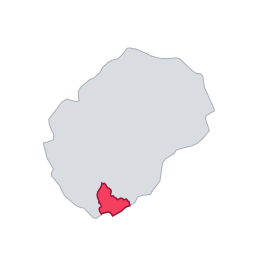 Resen on a map of North Macedonia (Albers equal-area conic projection), rotated 333°
{"feature_id": "MKD-2894", "entity_name": "Resen", "entity_type": "Statistical Region", "adm_level": 1, "iso_a3": "MKD", "parent_name": "North Macedonia", "parent_adm1": "", "projection": "albers", "projection_center": [21.045, 41.032], "detail": "fine", "context": "in_parent", "style": "filled", "palette": "rose", "viewbox_px": 256, "rotation_deg": 333, "n_neighbors": 0, "source": "natural_earth", "source_scale": "10m", "svg_char_len": 2174}
<svg xmlns="http://www.w3.org/2000/svg" viewBox="0 0 256 256"><g transform="rotate(333 128 128)"><path d="M116.2,67.5L120.1,68.0L128.5,65.5L133.7,62.1L136.4,61.6L140.0,60.3L145.1,60.4L150.3,61.8L156.9,59.8L163.3,56.6L165.9,57.3L168.8,60.0L170.6,60.7L181.6,74.5L187.6,80.1L194.7,84.3L202.7,87.3L205.6,90.2L211.0,105.1L213.6,110.7L217.0,112.3L217.8,113.9L218.0,116.1L214.5,126.6L213.4,150.2L212.5,152.1L208.5,152.1L203.2,152.7L201.2,154.5L199.3,167.2L190.7,171.0L182.9,173.2L176.3,172.8L164.7,170.0L160.9,169.7L157.7,171.5L147.4,172.5L142.9,174.8L132.4,189.7L121.6,194.8L117.9,197.4L109.6,194.2L105.6,193.9L99.9,197.7L87.4,198.1L84.0,198.8L74.3,199.4L73.9,197.3L72.1,194.3L67.6,192.9L58.4,194.1L56.1,191.9L52.4,179.3L49.5,177.3L46.2,173.1L40.7,159.4L40.6,153.4L41.0,148.2L38.0,135.9L39.9,132.8L42.8,130.9L42.8,126.0L42.1,118.5L45.5,103.8L46.4,102.7L47.3,103.5L55.5,104.7L57.6,102.8L58.9,99.9L59.4,89.2L61.4,84.2L81.1,74.8L86.9,74.4L91.3,78.8L94.8,81.5L97.0,81.4L97.7,78.6L100.1,73.3L104.1,70.2L116.1,67.5L116.2,67.5Z" fill="#d9dde1" stroke="#a8b0b8" stroke-width="1"/><path d="M74.4,199.4L74.3,196.9L73.8,195.1L72.6,194.0L69.0,192.9L65.3,192.3L65.2,192.4L65.1,191.7L65.0,191.2L65.0,190.3L65.0,189.2L65.3,188.0L65.6,186.9L66.4,186.2L67.5,186.1L68.2,186.1L68.8,185.4L68.9,184.4L68.9,183.6L68.6,182.6L68.2,182.2L68.1,181.3L68.1,180.8L68.5,180.5L69.1,180.2L69.2,179.4L69.2,178.5L69.2,177.2L69.6,175.2L70.1,173.7L70.8,172.8L71.5,171.9L72.3,171.1L74.0,170.1L75.2,169.4L76.6,168.6L78.1,167.4L79.0,166.4L79.7,165.2L80.0,165.9L80.4,166.4L81.1,166.4L81.8,166.5L82.1,167.2L82.4,169.2L82.4,170.4L82.8,171.9L83.5,173.0L83.8,173.3L83.7,173.4L83.7,173.9L84.4,174.6L84.5,175.4L84.4,176.5L83.7,177.7L83.0,178.4L82.4,178.8L82.1,179.7L82.1,180.8L82.6,181.4L83.8,181.6L84.1,181.8L84.2,182.7L84.3,183.5L84.7,184.2L85.3,184.8L85.8,185.4L85.9,186.0L85.9,186.7L86.4,187.2L87.2,187.2L88.4,187.1L89.4,187.1L90.4,187.6L91.2,188.7L91.5,189.3L91.5,190.1L92.2,190.3L92.9,190.3L93.9,190.4L94.3,190.6L94.6,191.8L94.5,193.1L95.3,193.5L95.5,194.0L95.4,194.6L95.1,195.2L94.9,196.2L94.7,197.3L94.4,198.1L91.8,197.5L89.9,197.4L84.8,199.0L74.4,199.4Z" fill="#f43f5e" stroke="#9f1239" stroke-width="1.5"/></g></svg>